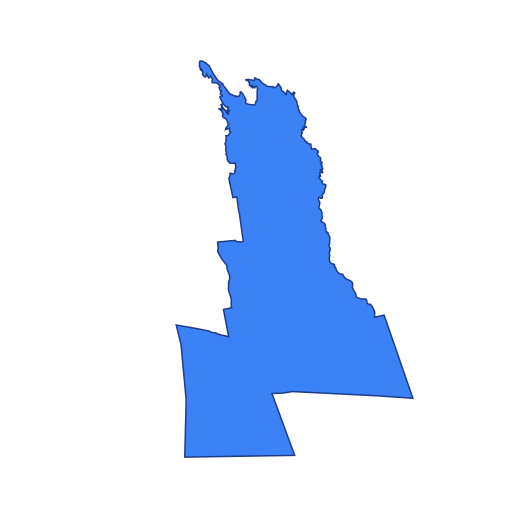 Vaimauga West, Tuamasaga, Samoa, rotated 346°
{"feature_id": "51752279B6831491074988", "entity_name": "Vaimauga West", "entity_type": "district", "adm_level": 2, "iso_a3": "WSM", "parent_name": "Samoa", "parent_adm1": "Tuamasaga", "projection": "equal_earth", "projection_center": [-171.762, -13.882], "detail": "fine", "context": "isolated", "style": "filled", "palette": "blue", "viewbox_px": 512, "rotation_deg": 346, "n_neighbors": 0, "source": "geoboundaries", "source_scale": "gbopen_adm2", "svg_char_len": 6035}
<svg xmlns="http://www.w3.org/2000/svg" viewBox="0 0 512 512"><g transform="rotate(346 256 256)"><path d="M337.7,134.6L337.6,134.2L336.0,132.6L335.0,131.5L334.4,129.8L334.0,129.4L333.5,127.8L333.2,127.4L333.1,126.2L333.3,125.4L332.9,125.2L332.7,122.8L332.9,121.6L333.3,121.1L332.9,120.7L332.6,118.3L332.7,117.6L333.1,116.2L332.5,114.7L332.4,113.4L332.1,113.4L331.0,110.1L331.8,109.1L331.4,108.3L332.0,106.8L332.8,107.6L333.1,107.0L332.0,106.1L330.5,108.0L329.9,107.2L329.4,107.5L328.9,106.2L327.6,104.1L326.8,103.5L326.5,102.9L326.0,103.3L324.4,106.7L324.0,106.7L323.4,105.8L323.4,104.8L320.9,101.5L320.7,100.9L321.1,99.2L320.9,98.3L319.4,94.3L318.8,94.5L318.6,95.1L317.3,96.3L315.7,97.0L314.6,97.2L313.5,96.8L313.6,96.0L312.5,95.5L311.6,95.4L309.5,94.7L307.9,94.0L307.1,93.3L306.0,91.8L305.1,90.9L303.5,89.1L302.8,87.8L302.7,87.1L302.1,86.7L302.0,85.8L301.4,85.3L300.4,85.1L299.0,84.0L298.8,83.5L298.1,82.9L297.4,83.5L297.3,84.8L296.5,85.4L295.9,84.9L291.0,82.7L288.9,82.6L289.0,83.3L290.9,83.1L290.7,85.0L291.5,85.8L291.3,86.4L291.3,88.2L290.9,88.5L293.5,92.1L293.7,91.8L292.6,90.2L293.2,89.4L295.5,92.4L296.6,91.2L297.5,91.3L297.7,91.9L298.0,93.6L297.9,94.8L297.5,94.8L295.7,101.2L295.0,104.4L294.6,105.1L293.9,105.2L291.9,108.6L290.6,109.1L285.1,106.8L283.1,105.5L282.8,105.0L283.6,102.7L284.0,102.3L283.9,101.2L283.5,100.0L283.0,97.4L282.1,94.6L281.0,93.1L280.6,92.9L280.1,93.6L279.9,94.8L278.8,96.5L276.2,96.8L275.6,96.5L274.9,95.6L274.5,95.8L270.3,92.7L270.0,92.9L266.7,85.1L265.3,82.1L265.5,81.1L265.1,81.1L264.6,79.9L262.1,77.1L260.9,75.2L260.3,73.2L259.7,72.3L259.7,71.0L258.9,69.6L258.3,67.8L257.5,64.1L256.5,60.1L253.7,56.2L252.6,55.5L251.9,54.6L250.6,53.7L248.9,53.2L248.0,54.4L247.2,57.9L246.9,58.2L247.3,59.1L247.2,60.7L248.3,61.0L248.5,62.5L247.9,62.0L247.7,61.4L247.2,61.5L247.2,62.1L248.1,62.5L248.1,63.1L248.7,63.5L248.9,64.7L248.0,66.8L248.7,68.8L249.9,70.0L250.7,69.9L252.2,67.7L252.6,69.7L253.3,71.8L253.8,71.7L255.4,70.5L255.7,71.7L256.6,73.4L255.8,75.2L255.4,76.7L255.6,77.3L256.5,77.6L257.7,77.6L258.2,78.2L259.1,78.3L260.1,78.9L260.6,78.9L260.8,80.5L261.5,81.1L262.4,81.5L262.0,82.3L262.1,83.3L260.9,83.6L261.4,87.7L262.1,87.5L262.3,87.8L261.3,88.6L260.6,90.5L261.5,92.0L262.1,92.0L262.0,92.7L260.4,92.8L259.3,93.0L260.1,97.0L260.8,99.3L261.2,101.0L262.0,102.1L262.5,103.6L263.7,104.2L265.0,104.6L265.0,105.2L264.4,105.2L264.1,106.3L264.1,107.6L265.2,108.2L265.4,108.6L263.4,108.4L263.2,108.7L264.0,109.9L263.6,111.6L262.8,111.3L262.4,110.4L261.9,107.3L261.3,107.5L260.9,106.1L260.5,106.0L260.0,104.9L259.8,103.8L259.2,104.1L258.3,105.4L257.8,105.2L259.7,101.8L259.3,100.4L258.6,100.7L259.0,102.5L257.3,105.5L256.4,104.5L255.2,103.9L257.5,106.5L258.0,108.7L258.5,110.1L257.4,111.6L257.4,112.8L258.2,114.0L260.4,116.3L260.7,117.5L260.8,120.1L261.0,121.5L261.4,121.7L257.7,124.7L257.0,126.0L261.3,125.6L260.4,128.8L261.3,129.7L258.3,132.3L255.9,132.0L255.7,133.7L255.0,136.1L254.3,138.0L253.8,138.9L253.0,139.6L253.5,142.2L252.6,144.6L252.2,146.4L252.4,148.4L251.4,150.2L252.1,151.7L252.1,152.4L251.5,155.1L251.9,157.4L252.9,159.3L253.5,159.7L256.8,160.6L258.3,160.7L258.0,164.9L255.9,168.2L256.1,169.9L254.3,171.1L250.9,169.4L250.0,172.1L248.4,174.2L247.7,193.8L251.7,194.1L250.3,205.8L250.1,211.1L247.2,238.8L245.7,239.0L242.7,238.0L241.5,237.7L239.5,236.1L239.5,235.8L222.1,233.2L221.2,239.1L219.9,242.5L222.1,250.8L225.5,258.3L225.0,260.5L224.8,262.1L225.6,267.7L225.3,270.7L224.5,272.7L223.3,274.3L221.6,279.9L221.1,282.7L221.2,285.8L221.5,288.3L221.5,292.8L221.0,294.5L220.5,295.4L220.4,296.9L219.8,298.7L220.0,300.3L211.5,300.0L209.9,327.8L207.2,326.2L204.2,324.7L202.9,324.3L202.0,323.4L201.0,323.0L199.7,322.3L199.1,321.5L198.1,320.7L195.4,319.8L193.8,318.8L192.0,317.3L180.3,311.8L161.9,303.7L161.8,324.0L153.4,378.9L138.2,433.9L245.3,458.8L238.2,393.3L249.3,395.6L258.4,396.3L339.9,421.0L373.8,432.0L366.0,344.4L356.2,344.0L356.5,342.7L357.2,340.8L357.6,339.1L357.5,337.8L356.7,333.6L355.2,330.4L353.4,330.0L352.5,328.8L352.4,327.1L352.7,326.0L352.6,325.1L351.5,323.9L350.0,323.9L348.1,323.2L345.8,321.9L344.4,321.0L343.3,320.0L343.6,317.3L343.3,315.6L342.6,313.5L342.1,311.6L342.0,309.5L342.8,307.5L343.1,305.5L342.8,304.6L341.9,303.2L340.8,302.0L339.3,301.4L338.1,300.2L337.2,299.1L336.6,297.9L335.8,295.1L335.2,294.3L334.0,294.1L332.6,293.5L330.7,289.7L330.3,286.6L329.6,285.8L330.1,284.8L329.9,283.1L327.2,281.4L326.4,280.2L326.2,277.4L326.6,276.0L327.8,272.8L327.9,270.2L329.2,268.7L329.5,267.8L329.8,266.0L329.2,265.0L329.2,264.3L330.7,260.9L332.2,255.6L332.1,254.8L331.4,252.9L331.4,250.7L330.8,250.0L330.0,249.6L329.8,249.0L330.5,245.9L330.4,244.5L330.8,242.4L330.4,241.2L329.5,239.9L328.4,239.1L327.3,237.9L327.6,237.3L328.4,236.6L329.3,235.6L329.6,234.4L329.9,232.0L330.5,229.9L330.3,227.3L328.7,224.7L329.1,223.2L330.0,221.7L330.8,219.7L330.8,218.6L330.3,217.5L330.2,216.7L330.6,214.9L331.1,214.3L331.9,214.6L332.6,215.5L333.9,216.0L334.5,215.6L334.8,214.5L334.6,213.2L335.0,212.4L336.0,212.1L337.6,210.7L339.4,207.0L340.2,206.0L341.0,204.2L340.6,203.4L338.7,202.6L337.8,201.0L337.8,200.6L338.6,199.4L337.5,198.4L337.0,197.4L336.8,196.3L336.3,196.0L336.1,195.2L336.9,193.5L337.4,194.2L337.9,194.2L337.9,192.0L338.2,190.3L338.9,190.4L340.4,191.3L340.9,191.1L340.9,189.7L340.2,189.5L339.5,188.7L339.3,187.8L341.3,188.1L341.7,187.9L341.9,186.9L341.4,185.8L341.9,184.1L341.1,182.7L342.6,181.8L342.8,181.1L342.2,180.8L341.3,179.4L341.9,178.6L342.4,176.8L341.9,175.7L340.9,174.9L340.3,171.6L340.4,170.9L341.6,170.4L341.7,169.3L340.9,168.6L339.4,166.2L338.0,166.0L336.9,166.0L335.7,165.6L336.0,164.6L335.7,163.0L336.2,161.8L336.2,160.6L334.0,159.9L333.6,159.0L332.9,158.7L332.9,157.4L331.5,157.0L331.6,156.0L330.7,154.5L330.8,153.7L330.1,153.3L328.9,151.0L329.2,149.6L329.9,148.2L330.8,147.8L330.3,147.0L330.8,146.0L330.4,145.2L330.7,144.6L331.7,144.2L332.3,145.4L332.8,145.1L332.9,143.3L333.2,143.9L333.7,144.0L334.3,142.8L335.9,143.3L335.9,142.8L334.6,141.3L334.6,140.6L335.0,140.4L336.3,138.5L336.4,136.8L337.5,136.0L337.7,134.6Z" fill="#3b82f6" stroke="#1e3a8a" stroke-width="1.5"/></g></svg>